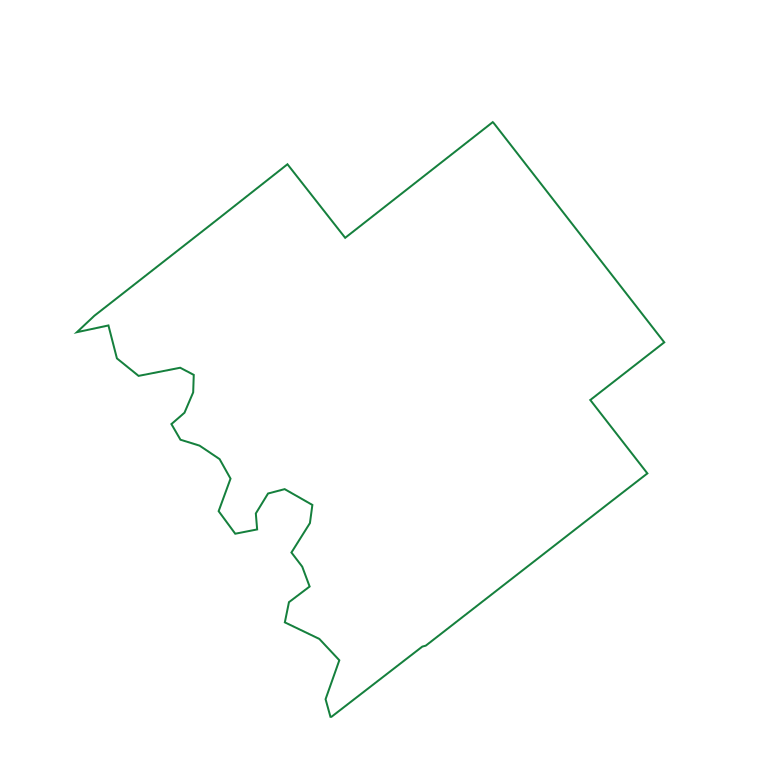 Pontotoc, Oklahoma, United States of America, rotated 232°
{"feature_id": "52423323B67548831395162", "entity_name": "Pontotoc", "entity_type": "district", "adm_level": 2, "iso_a3": "USA", "parent_name": "United States of America", "parent_adm1": "Oklahoma", "projection": "albers", "projection_center": [-96.674, 34.735], "detail": "fine", "context": "isolated", "style": "outline", "palette": "green", "viewbox_px": 768, "rotation_deg": 232, "n_neighbors": 0, "source": "geoboundaries", "source_scale": "gbopen_adm2", "svg_char_len": 718}
<svg xmlns="http://www.w3.org/2000/svg" viewBox="0 0 768 768"><g transform="rotate(232 384 384)"><path d="M521.9,631.1L523.4,630.9L523.1,443.4L616.6,443.2L616.2,349.1L616.1,208.9L616.1,197.8L613.9,173.9L599.8,202.9L568.6,189.3L541.5,195.6L522.3,233.4L508.3,239.7L494.9,228.5L484.2,209.1L483.3,191.8L465.4,189.3L449.0,200.7L426.0,208.2L403.9,204.8L385.6,175.4L357.6,174.6L347.5,194.5L360.9,203.3L369.1,225.2L362.3,241.0L332.8,253.1L320.0,240.0L308.2,207.3L290.4,207.1L270.2,200.7L270.6,174.8L257.2,159.1L222.9,176.1L193.8,178.7L171.6,143.9L154.7,136.9L154.1,137.7L153.5,252.5L152.1,255.8L152.0,302.2L151.6,489.7L151.4,536.5L244.4,536.7L244.3,630.5L521.9,631.1Z" fill="none" stroke="#15803d" stroke-width="2"/></g></svg>